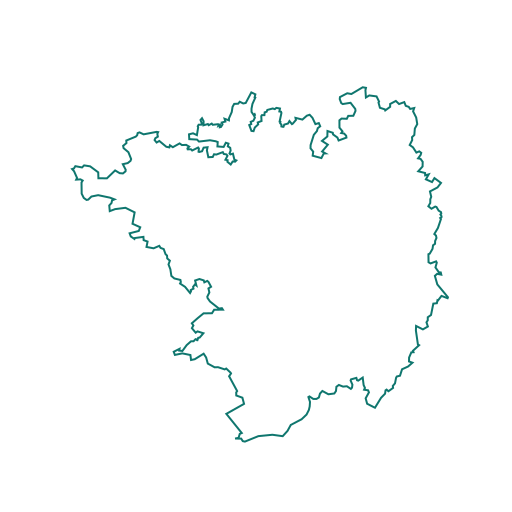 Ennis Lea-7, Clare, Ireland, rotated 10°
{"feature_id": "5873133B50268153868150", "entity_name": "Ennis Lea-7", "entity_type": "district", "adm_level": 2, "iso_a3": "IRL", "parent_name": "Ireland", "parent_adm1": "Clare", "projection": "mercator", "projection_center": [-8.994, 52.844], "detail": "fine", "context": "isolated", "style": "outline", "palette": "teal", "viewbox_px": 512, "rotation_deg": 10, "n_neighbors": 0, "source": "geoboundaries", "source_scale": "gbopen_adm2", "svg_char_len": 6109}
<svg xmlns="http://www.w3.org/2000/svg" viewBox="0 0 512 512"><g transform="rotate(10 256 256)"><path d="M313.6,428.8L317.4,422.8L319.6,416.3L329.3,408.8L333.3,403.4L334.8,398.4L335.0,394.8L334.5,390.3L332.1,385.8L333.0,385.0L337.2,386.8L340.3,386.3L342.5,384.4L342.9,380.4L344.8,377.4L351.3,379.6L357.0,377.8L358.2,375.1L357.9,370.8L360.0,368.6L364.4,369.5L368.1,368.5L372.5,370.4L373.4,369.0L373.3,366.0L370.8,362.2L371.0,361.0L376.0,358.6L377.1,360.8L378.3,361.0L382.2,357.2L384.4,364.4L386.2,367.0L385.7,368.9L389.7,368.8L390.9,370.7L388.7,377.1L391.1,382.2L399.5,384.8L403.8,373.9L407.0,369.2L406.9,365.8L407.8,364.9L409.9,366.2L413.9,362.1L413.3,360.2L415.0,357.3L415.1,351.6L415.6,350.2L418.6,348.9L419.5,342.2L425.0,338.4L428.6,333.9L425.0,333.3L424.4,329.4L425.7,323.9L427.8,323.4L427.0,322.1L432.1,315.5L430.8,315.0L426.4,301.6L425.8,297.1L433.1,299.3L437.5,295.6L435.4,291.7L436.3,289.5L435.8,286.5L438.6,283.7L438.9,272.1L442.3,271.1L442.4,268.1L442.9,268.3L445.6,263.1L452.0,264.3L452.2,263.3L439.5,252.5L435.6,244.5L437.5,242.1L441.7,242.2L440.8,240.1L438.9,240.3L434.7,236.1L435.2,231.2L434.3,230.0L429.2,233.0L427.0,232.2L425.5,224.3L426.7,223.5L428.6,218.3L428.5,214.7L430.2,212.9L429.8,210.1L430.6,206.9L429.7,204.6L427.8,203.4L430.3,196.8L431.7,187.6L430.8,186.6L431.9,185.7L431.8,184.6L430.4,183.1L431.1,182.1L430.6,180.7L428.0,179.6L425.2,176.4L423.9,176.2L420.6,179.0L417.1,177.1L418.4,173.5L417.8,169.8L418.3,167.3L416.1,162.2L422.8,157.0L425.5,151.9L418.2,148.3L416.5,152.6L410.0,151.0L411.9,145.6L408.6,147.2L408.1,144.9L401.1,144.4L404.5,138.9L403.8,134.3L401.2,131.8L398.7,131.7L400.6,127.8L400.8,125.7L398.6,124.6L396.0,126.3L391.7,121.7L388.1,120.0L389.7,114.7L389.0,111.9L390.9,109.3L390.3,102.9L391.9,98.1L389.7,91.8L385.6,86.3L386.1,82.8L382.3,84.4L380.5,82.6L377.4,82.1L375.3,78.7L370.5,81.5L366.8,79.0L361.7,83.0L362.2,85.8L358.0,90.2L357.4,89.2L352.3,88.5L350.0,83.6L350.4,82.6L347.0,77.9L339.7,78.2L336.7,80.8L335.0,73.8L335.1,71.3L331.8,71.3L321.8,79.9L317.6,79.9L315.5,81.5L311.1,84.9L311.2,86.9L313.4,90.6L315.0,91.3L322.5,88.7L328.2,93.9L328.8,95.8L327.5,101.0L322.5,102.0L321.6,105.1L316.4,105.8L314.6,107.9L315.9,115.1L319.5,118.2L318.6,120.1L321.5,120.1L323.9,121.9L324.5,123.7L317.3,127.9L315.6,125.2L310.8,122.9L310.2,121.3L304.7,120.5L305.5,125.9L301.0,131.2L307.4,133.9L303.0,141.6L306.6,142.9L304.9,143.3L303.4,148.2L294.4,147.4L294.2,143.3L291.0,140.5L290.5,137.3L291.9,126.6L294.3,122.4L294.6,119.4L296.7,117.1L294.8,114.2L291.6,115.8L287.6,110.1L284.3,107.6L281.7,109.0L278.0,113.6L270.9,113.1L271.7,115.1L269.2,119.3L268.5,119.9L265.5,117.3L264.5,120.0L261.0,121.7L260.6,124.0L260.0,124.1L258.5,124.0L258.2,122.2L256.7,121.0L256.7,119.6L255.9,119.5L256.2,110.7L255.6,109.6L253.9,109.6L254.0,106.6L250.3,106.6L249.0,108.1L246.9,107.8L241.8,110.2L241.4,112.1L239.6,113.0L239.8,115.8L237.3,116.3L236.9,117.4L238.0,122.1L234.5,124.2L235.3,126.0L232.5,129.7L231.9,133.5L229.8,133.6L226.6,128.2L228.4,126.9L227.5,124.8L229.9,123.3L230.9,120.0L229.8,118.3L230.5,117.3L230.0,116.5L229.1,117.5L226.6,114.9L226.0,111.7L226.1,106.8L227.8,100.2L227.1,100.0L227.3,96.9L223.0,95.7L219.3,107.1L216.9,108.0L213.2,106.9L212.0,109.1L208.1,110.0L207.0,113.2L207.1,118.5L205.5,125.0L205.8,127.1L201.2,126.3L202.5,128.9L199.1,130.5L200.2,132.3L199.1,135.0L198.0,135.5L197.7,133.1L196.4,134.2L196.6,132.9L195.7,132.8L190.6,134.3L189.4,133.3L186.7,135.4L185.7,134.4L181.6,136.4L181.0,132.4L178.9,129.7L177.7,131.7L179.6,134.8L179.5,136.1L176.7,136.7L176.1,138.4L176.7,139.3L176.8,147.2L172.7,146.1L168.9,147.8L170.0,152.5L177.7,151.6L180.0,153.2L190.6,150.0L196.4,150.0L198.5,150.4L199.0,154.8L205.2,154.2L206.6,149.7L209.4,150.1L209.2,152.9L211.8,153.9L212.7,156.6L212.1,159.7L213.1,160.4L215.5,159.2L218.0,164.9L220.0,165.3L219.1,166.7L216.6,167.0L215.2,170.3L211.5,168.2L211.4,166.6L209.2,166.5L210.5,162.3L209.3,161.1L206.5,161.1L205.3,159.5L199.3,163.0L197.0,163.1L196.2,166.0L191.9,167.0L189.3,160.5L189.4,157.3L185.6,158.4L184.7,162.2L182.1,163.4L181.3,163.3L181.1,160.1L180.2,159.2L174.8,163.2L173.4,162.2L170.2,162.8L169.8,161.9L171.2,159.9L167.9,158.7L163.8,159.6L161.2,158.4L155.2,163.3L152.0,161.9L151.8,164.1L148.7,164.0L140.8,159.5L138.4,161.5L136.0,159.4L136.4,157.5L138.6,155.5L137.6,152.8L138.1,151.0L136.6,151.0L124.2,155.7L119.8,154.5L118.1,155.5L118.0,157.7L116.9,159.3L108.2,164.8L108.8,167.3L106.0,170.6L106.9,172.8L112.3,175.9L116.2,182.2L115.9,184.1L113.5,186.8L108.9,188.7L112.7,193.7L112.8,195.3L110.6,197.8L107.4,198.1L102.4,196.2L95.7,205.4L87.3,206.8L86.1,201.0L77.1,196.5L71.0,196.6L69.3,199.0L62.5,198.9L61.5,201.4L59.8,202.3L62.1,204.1L66.2,210.2L65.7,212.0L69.8,211.0L72.2,211.8L71.4,213.9L73.5,224.9L76.3,228.7L79.4,230.2L81.0,229.6L83.6,226.0L90.0,223.5L102.1,223.9L106.8,224.8L104.6,226.2L104.5,228.9L102.7,231.7L104.2,237.2L109.1,234.3L119.1,231.2L128.9,234.1L128.8,245.7L137.0,247.8L136.2,251.7L127.6,255.6L129.3,258.5L133.3,260.3L133.4,259.4L141.8,256.7L142.6,259.9L146.7,260.6L146.6,266.1L153.8,266.2L159.0,262.8L160.6,264.6L163.9,265.2L166.6,269.9L168.3,271.0L169.0,273.8L172.0,275.6L171.3,279.5L174.0,284.0L176.1,290.3L179.5,292.3L185.7,292.7L186.5,294.7L186.0,296.3L191.5,298.7L197.5,303.9L198.1,302.1L197.7,300.8L200.1,299.0L199.4,297.3L200.8,294.6L202.4,295.4L200.3,290.7L204.3,288.5L208.8,289.1L209.7,290.9L212.3,289.0L213.7,289.8L217.1,294.1L214.8,296.2L216.4,300.0L215.1,304.5L215.6,305.8L218.6,308.8L228.6,314.2L231.5,313.3L232.7,314.6L224.1,316.2L222.6,320.0L214.3,321.6L209.4,327.3L204.5,333.4L206.4,335.3L205.4,338.2L209.9,342.0L211.5,340.4L217.6,341.2L214.7,346.1L213.3,346.6L212.8,349.9L212.4,348.4L210.9,348.4L209.3,350.8L206.8,351.3L203.2,355.8L200.0,362.3L196.8,362.5L196.8,360.7L191.6,364.6L193.3,367.5L200.3,364.7L208.6,364.9L210.1,369.7L213.6,368.3L221.4,361.3L224.5,364.6L227.2,370.3L234.6,372.8L237.9,372.1L244.9,373.1L246.2,372.0L251.2,375.3L251.8,376.0L250.4,379.1L260.9,392.3L260.2,393.8L260.8,396.8L267.2,397.9L269.9,403.7L254.2,416.6L272.7,432.8L270.9,434.0L270.4,438.1L267.1,439.4L273.1,438.4L275.1,440.6L277.3,440.7L289.6,433.0L303.2,429.2L313.6,428.8Z" fill="none" stroke="#0f766e" stroke-width="2"/></g></svg>